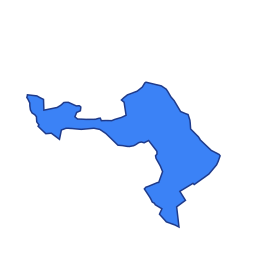 Ekiti West, Ekiti, Nigeria, rotated 307°
{"feature_id": "59680162B72061925749770", "entity_name": "Ekiti West", "entity_type": "district", "adm_level": 2, "iso_a3": "NGA", "parent_name": "Nigeria", "parent_adm1": "Ekiti", "projection": "orthographic", "projection_center": [4.99, 7.712], "detail": "fine", "context": "isolated", "style": "filled", "palette": "blue", "viewbox_px": 256, "rotation_deg": 307, "n_neighbors": 0, "source": "geoboundaries", "source_scale": "gbopen_adm2", "svg_char_len": 1643}
<svg xmlns="http://www.w3.org/2000/svg" viewBox="0 0 256 256"><g transform="rotate(307 128 128)"><path d="M93.7,27.9L91.4,28.9L91.1,30.1L88.9,34.5L86.5,36.4L83.7,39.2L82.3,42.3L82.5,45.6L81.9,48.1L80.9,48.9L78.0,51.4L76.9,55.0L75.3,55.1L74.7,59.5L74.0,65.8L77.7,69.9L77.7,75.8L77.7,80.1L86.3,76.0L90.4,78.6L91.9,80.5L92.8,82.0L93.9,83.6L95.8,86.7L98.8,91.5L103.5,96.7L107.3,100.9L109.9,106.3L110.3,113.7L109.3,121.8L108.2,130.3L110.7,134.3L112.8,138.4L114.1,140.3L117.2,143.1L119.1,144.1L122.8,145.4L124.8,147.0L125.9,149.8L130.4,152.0L126.8,165.1L124.7,166.8L122.4,166.7L120.6,168.7L117.2,176.5L114.0,181.9L103.0,185.3L102.2,184.4L93.7,179.4L91.5,177.9L89.2,177.7L85.8,187.2L84.8,189.4L83.5,191.9L83.8,194.4L83.1,196.0L83.9,203.7L78.1,205.0L76.1,215.1L78.8,223.9L79.6,228.3L94.3,214.3L104.8,217.4L108.6,207.5L122.9,213.2L122.7,214.9L129.3,217.0L139.9,220.3L151.9,220.9L155.6,220.1L161.2,218.3L161.7,216.7L160.2,207.9L162.0,192.6L162.3,192.3L163.3,189.6L164.9,178.6L169.4,174.7L171.5,172.7L174.9,167.9L174.1,165.3L173.3,162.1L172.8,160.1L177.6,148.4L178.7,143.4L181.1,137.7L182.0,135.1L181.7,129.3L175.4,114.8L174.1,114.3L169.3,114.8L163.0,113.2L154.1,107.6L149.9,106.5L146.4,105.9L146.2,109.4L137.0,118.8L132.5,116.4L126.8,112.2L124.1,110.6L120.7,105.9L117.8,102.3L119.2,99.9L118.0,98.7L115.3,96.7L109.7,89.4L107.4,86.0L104.8,82.3L105.0,78.8L107.1,78.3L109.5,77.6L113.1,79.6L115.6,78.2L116.4,77.6L116.5,76.7L116.4,75.6L114.5,73.4L112.6,64.9L110.9,62.7L109.7,61.4L106.9,60.9L105.3,60.5L102.9,59.5L101.8,59.1L91.6,50.1L100.0,43.3L99.2,39.0L98.8,35.9L95.4,30.1L94.0,27.7L93.7,27.9Z" fill="#3b82f6" stroke="#1e3a8a" stroke-width="1.5"/></g></svg>